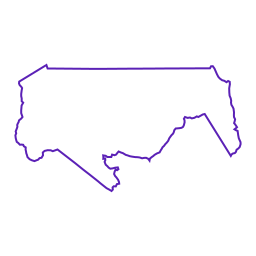 Cantanhede, Maranhão, Brazil (Albers equal-area conic projection)
{"feature_id": "56859067B54342957503777", "entity_name": "Cantanhede", "entity_type": "district", "adm_level": 2, "iso_a3": "BRA", "parent_name": "Brazil", "parent_adm1": "Maranhão", "projection": "albers", "projection_center": [-44.24, -3.65], "detail": "fine", "context": "isolated", "style": "outline", "palette": "violet", "viewbox_px": 256, "rotation_deg": 0, "n_neighbors": 0, "source": "geoboundaries", "source_scale": "gbopen_adm2", "svg_char_len": 2537}
<svg xmlns="http://www.w3.org/2000/svg" viewBox="0 0 256 256"><path d="M210.0,68.3L164.4,68.5L150.2,68.6L127.3,68.7L97.2,68.9L47.6,68.5L46.4,65.0L19.2,81.6L19.0,83.4L19.7,85.1L21.3,86.8L22.1,88.1L21.7,90.2L21.2,93.9L21.2,96.1L21.7,98.4L21.7,101.2L23.2,102.7L21.6,105.5L21.4,108.1L21.2,110.2L21.2,113.2L21.8,114.9L22.5,117.0L21.3,118.5L19.0,120.4L18.6,122.1L17.8,123.5L17.2,125.0L17.4,126.8L16.9,128.3L15.7,131.4L16.2,133.3L15.4,135.3L15.7,138.0L16.3,140.4L16.8,141.9L18.2,142.9L19.9,144.7L21.7,144.6L23.2,144.8L23.9,146.3L25.7,147.4L25.6,149.6L26.0,151.3L26.3,153.3L26.9,154.9L27.5,157.1L29.6,159.2L31.9,160.3L34.5,161.1L36.7,160.2L38.1,159.7L39.6,158.1L41.5,157.8L43.0,155.3L42.8,152.5L44.6,150.9L47.6,150.2L50.7,150.3L52.8,151.2L57.5,149.5L75.1,163.1L83.3,169.7L86.0,171.8L89.0,174.1L98.2,181.4L100.3,183.2L106.6,188.2L108.9,189.4L111.5,191.0L112.8,189.6L112.6,187.4L113.7,186.3L115.8,186.4L116.9,184.1L119.2,183.7L119.0,182.0L118.1,179.8L116.3,177.3L115.1,176.0L114.1,174.0L114.6,171.7L115.5,169.7L117.1,170.2L118.4,169.2L117.8,167.4L115.2,167.7L112.5,168.4L110.3,168.7L108.6,167.6L107.5,166.3L105.7,164.7L104.6,161.9L105.3,160.2L105.2,158.5L103.3,158.8L103.4,157.2L103.2,155.4L105.7,155.8L107.4,157.0L109.1,157.0L111.3,157.0L112.1,154.6L114.5,155.2L116.1,154.6L117.3,153.0L118.6,151.5L121.2,152.6L122.8,153.1L125.8,154.9L127.6,155.4L129.8,156.2L131.9,156.6L135.3,157.1L137.7,157.2L139.8,157.5L142.1,158.3L144.0,157.9L146.1,157.8L148.2,158.8L149.5,160.6L149.9,158.6L151.7,157.1L153.3,156.0L154.5,154.9L157.0,153.4L159.6,152.4L160.8,150.2L161.8,148.7L162.5,147.3L164.1,145.8L165.3,144.1L166.6,142.8L168.2,140.8L169.2,138.4L170.1,137.1L171.4,135.3L173.1,133.6L173.8,132.1L174.3,130.2L175.7,128.5L179.2,128.2L181.6,127.8L183.1,126.8L183.9,125.1L184.6,122.3L184.5,120.2L183.9,118.8L185.0,117.0L187.6,117.9L190.0,117.5L191.8,118.4L194.4,117.8L196.8,116.4L198.3,117.0L201.0,115.5L202.7,114.5L204.7,114.0L230.8,155.9L231.6,154.4L232.9,153.5L234.8,153.1L235.9,151.9L236.6,149.7L238.2,148.6L239.7,147.0L240.6,144.1L240.5,142.1L238.8,138.3L238.2,135.2L237.9,132.9L237.6,130.9L235.9,130.2L234.5,129.3L235.9,128.2L237.0,127.2L235.3,124.6L234.1,123.1L234.6,121.5L235.1,119.3L234.0,117.0L233.9,115.2L234.0,112.3L233.8,110.8L233.5,108.6L232.5,106.6L231.4,104.8L231.0,102.6L231.2,100.8L230.7,98.3L229.6,95.7L229.3,92.4L229.2,88.3L229.5,86.4L229.9,84.2L229.7,81.8L228.1,81.0L226.5,82.2L224.3,80.8L222.1,80.2L219.8,78.5L218.3,76.8L216.9,74.1L215.2,70.2L214.5,68.6L212.8,66.2L211.0,66.3L210.0,68.3Z" fill="none" stroke="#5b21b6" stroke-width="2"/></svg>